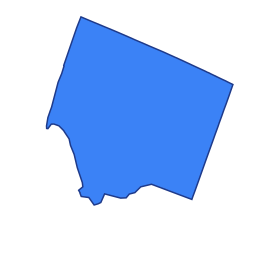 Sussex, Delaware, United States of America, rotated 203°
{"feature_id": "52423323B18332977345719", "entity_name": "Sussex", "entity_type": "district", "adm_level": 2, "iso_a3": "USA", "parent_name": "United States of America", "parent_adm1": "Delaware", "projection": "orthographic", "projection_center": [-75.391, 38.706], "detail": "fine", "context": "isolated", "style": "filled", "palette": "blue", "viewbox_px": 256, "rotation_deg": 203, "n_neighbors": 0, "source": "geoboundaries", "source_scale": "gbopen_adm2", "svg_char_len": 1269}
<svg xmlns="http://www.w3.org/2000/svg" viewBox="0 0 256 256"><g transform="rotate(203 128 128)"><path d="M45.0,151.3L45.2,154.3L45.3,155.9L45.4,157.6L45.4,158.1L45.8,165.5L46.0,167.8L46.4,175.9L46.8,181.8L47.1,188.6L47.6,197.0L47.7,198.4L48.4,209.0L55.6,209.4L56.3,209.5L60.2,209.6L64.7,209.8L73.0,210.2L74.3,210.3L75.3,210.4L76.7,210.3L79.2,210.5L82.8,210.6L83.0,210.6L89.6,210.8L92.4,210.9L92.8,210.9L97.5,211.1L98.3,211.1L103.7,211.3L104.1,211.3L116.7,211.6L117.7,211.6L121.3,211.7L125.4,211.8L125.8,211.8L131.6,211.8L135.5,211.8L139.3,211.8L156.9,211.9L160.1,212.0L162.1,212.0L174.4,212.1L179.5,212.1L190.7,212.0L204.2,211.9L209.3,211.9L210.2,211.9L210.6,211.9L213.5,211.9L213.8,211.9L214.7,211.9L214.4,200.3L211.6,160.4L211.4,160.2L211.1,160.0L210.3,152.3L210.2,142.8L206.5,117.4L206.3,113.5L205.8,106.3L203.8,98.0L202.7,95.8L201.5,96.1L200.1,101.6L197.7,102.7L192.4,103.0L186.0,100.4L185.6,100.0L178.0,95.0L177.9,94.9L174.1,89.5L167.2,82.6L159.2,71.7L148.7,59.9L146.6,56.2L149.1,51.4L146.8,49.6L146.7,49.2L144.3,46.7L136.9,48.7L129.1,43.9L125.9,46.5L123.9,48.8L123.8,58.2L107.4,60.6L102.4,63.0L101.0,67.7L96.4,71.2L93.3,78.8L84.4,85.4L41.3,87.2L41.5,89.8L41.8,96.5L42.5,108.4L43.7,128.2L45.0,151.3Z" fill="#3b82f6" stroke="#1e3a8a" stroke-width="1.5"/></g></svg>